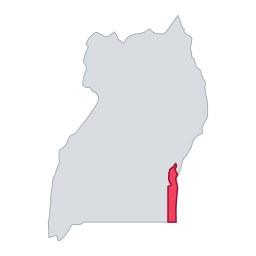 Namayingo on a map of Uganda (Equal Earth projection)
{"feature_id": "UGA-5614", "entity_name": "Namayingo", "entity_type": "District", "adm_level": 1, "iso_a3": "UGA", "parent_name": "Uganda", "parent_adm1": "", "projection": "equal_earth", "projection_center": [33.828, -0.264], "detail": "fine", "context": "in_parent", "style": "filled", "palette": "rose", "viewbox_px": 256, "rotation_deg": 0, "n_neighbors": 0, "source": "natural_earth", "source_scale": "10m", "svg_char_len": 2681}
<svg xmlns="http://www.w3.org/2000/svg" viewBox="0 0 256 256"><path d="M176.0,222.1L172.8,222.1L167.6,222.1L162.3,222.1L157.1,222.1L151.9,222.1L146.7,222.1L141.4,222.1L136.2,222.1L131.0,222.1L125.8,222.1L120.5,222.1L115.3,222.1L110.1,222.1L104.9,222.1L99.6,222.1L94.4,222.1L89.2,222.1L86.1,222.1L85.5,222.0L85.1,221.8L83.1,222.3L81.0,224.1L78.9,224.8L76.6,224.5L76.3,224.7L75.1,224.6L73.4,224.5L71.9,225.0L70.7,226.5L69.5,229.1L67.4,232.1L65.7,234.7L64.3,236.6L61.0,239.7L59.2,240.6L58.3,240.5L57.8,239.9L56.8,236.0L56.1,235.3L49.8,237.4L48.8,237.4L48.9,236.2L48.5,226.8L48.4,221.1L49.2,217.6L49.7,213.4L49.8,209.8L50.9,203.6L50.5,199.9L52.0,186.9L52.4,184.8L53.0,178.5L53.9,176.6L54.7,175.8L55.8,172.0L57.9,165.8L59.3,162.7L59.0,155.7L59.3,151.0L59.6,150.0L62.7,148.2L66.6,143.9L68.3,138.8L70.7,135.5L75.3,133.4L89.0,115.8L95.4,106.3L98.1,101.5L98.2,99.7L98.7,97.4L97.6,95.6L96.3,94.0L95.9,92.5L94.7,91.8L93.1,91.8L92.0,90.7L90.8,88.6L89.6,87.3L85.7,87.4L82.7,85.2L82.8,82.2L83.9,76.4L86.2,69.7L86.3,67.8L86.0,66.3L85.5,64.9L84.4,63.6L83.5,62.0L84.2,57.2L85.7,52.5L86.8,50.1L88.0,47.5L87.7,45.3L86.0,44.2L86.9,42.1L88.7,38.5L92.2,34.9L95.2,32.6L97.3,32.5L101.2,34.5L104.8,36.7L106.8,36.8L109.2,35.9L114.2,31.9L115.4,33.2L116.8,35.6L118.4,39.6L121.5,41.4L123.0,42.7L124.1,43.1L124.7,42.7L125.9,39.6L127.3,37.9L130.0,35.7L135.8,34.0L140.0,33.4L141.8,33.1L144.7,32.0L149.4,28.8L154.0,33.0L159.0,33.8L163.9,33.8L165.3,32.5L166.2,31.5L171.3,24.7L178.1,15.4L182.7,28.5L184.3,29.2L184.1,30.4L183.7,31.5L186.7,34.6L190.4,36.3L191.7,37.9L191.8,39.6L190.6,47.3L190.8,49.5L192.0,57.2L194.2,58.9L196.2,66.6L200.1,69.9L200.7,70.8L201.6,74.6L202.8,78.7L203.7,79.6L204.3,79.9L205.5,84.2L204.8,86.7L205.7,94.1L207.2,100.8L207.6,108.7L207.6,112.2L207.6,114.3L207.2,117.3L206.5,119.1L205.3,120.8L203.9,123.5L202.7,126.3L201.9,127.7L202.5,132.0L202.3,133.1L202.0,133.7L200.2,134.3L197.9,135.5L196.5,136.6L194.6,138.8L193.0,141.2L190.9,148.1L187.5,153.5L186.9,155.2L183.6,158.5L182.1,162.4L181.2,167.3L179.9,170.8L177.2,175.5L176.5,183.1L176.6,198.2L175.9,215.4L176.0,222.1Z" fill="#d9dde1" stroke="#a8b0b8" stroke-width="1"/><path d="M176.0,222.1L173.6,222.1L168.3,222.1L168.0,222.1L168.0,186.5L171.1,185.1L171.2,184.0L169.8,182.5L168.7,179.5L168.9,172.6L169.7,171.3L169.7,170.6L169.7,170.3L169.6,169.7L170.9,168.7L171.9,167.7L172.9,167.2L173.8,167.2L174.1,165.5L174.7,164.5L175.7,163.7L176.4,165.4L176.4,166.4L176.1,167.2L175.6,167.8L175.2,168.8L175.4,170.0L176.0,171.8L177.0,173.5L177.4,174.3L177.7,174.5L177.4,175.0L175.7,178.1L175.6,178.9L176.6,182.9L177.5,187.0L177.5,188.5L176.9,194.8L176.2,203.0L175.8,208.7L175.9,214.1L176.0,222.1Z" fill="#f43f5e" stroke="#9f1239" stroke-width="1.5"/></svg>